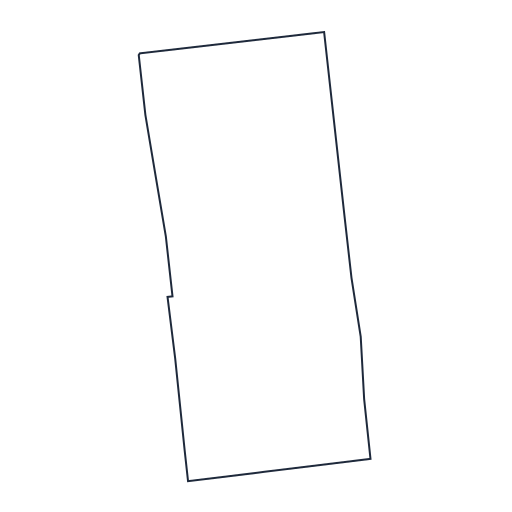 Poinsett, Arkansas, United States of America (Mercator projection), rotated 83°
{"feature_id": "52423323B19097717333078", "entity_name": "Poinsett", "entity_type": "district", "adm_level": 2, "iso_a3": "USA", "parent_name": "United States of America", "parent_adm1": "Arkansas", "projection": "mercator", "projection_center": [-90.606, 35.574], "detail": "fine", "context": "isolated", "style": "outline", "palette": "slate", "viewbox_px": 512, "rotation_deg": 83, "n_neighbors": 0, "source": "geoboundaries", "source_scale": "gbopen_adm2", "svg_char_len": 390}
<svg xmlns="http://www.w3.org/2000/svg" viewBox="0 0 512 512"><g transform="rotate(83 256 256)"><path d="M347.9,348.7L440.3,350.5L471.2,350.9L471.3,280.5L471.2,274.5L471.3,167.1L411.2,166.1L348.9,161.9L289.3,163.9L227.1,163.3L42.0,161.1L40.7,346.6L42.3,347.9L102.5,348.6L164.0,345.9L225.6,343.1L285.9,343.8L285.8,348.8L347.9,348.7Z" fill="none" stroke="#1e293b" stroke-width="2"/></g></svg>